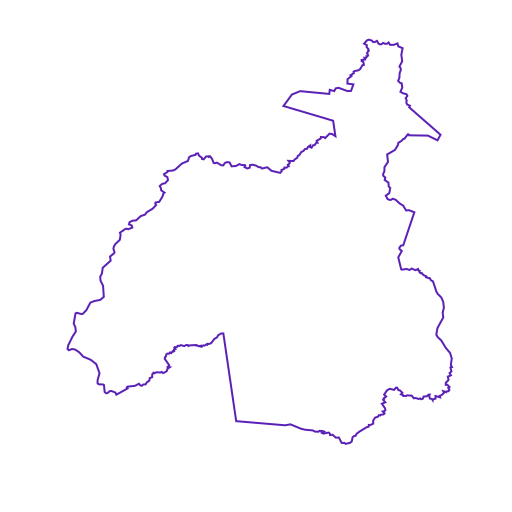 Zimba, Southern, Zambia, rotated 82°
{"feature_id": "96606910B98197380388075", "entity_name": "Zimba", "entity_type": "district", "adm_level": 2, "iso_a3": "ZMB", "parent_name": "Zambia", "parent_adm1": "Southern", "projection": "equal_earth", "projection_center": [26.486, -17.666], "detail": "fine", "context": "isolated", "style": "outline", "palette": "violet", "viewbox_px": 512, "rotation_deg": 82, "n_neighbors": 0, "source": "geoboundaries", "source_scale": "gbopen_adm2", "svg_char_len": 6013}
<svg xmlns="http://www.w3.org/2000/svg" viewBox="0 0 512 512"><g transform="rotate(82 256 256)"><path d="M421.6,93.4L420.1,93.6L419.6,91.6L417.7,88.9L415.9,89.4L417.3,86.6L416.6,86.1L416.7,84.2L415.5,83.1L413.4,84.0L412.7,82.6L410.1,84.5L410.0,86.0L407.9,85.7L405.6,82.6L402.1,82.8L401.3,79.6L398.9,80.6L397.5,78.5L393.6,79.0L392.9,78.5L393.1,77.5L390.8,78.2L384.8,76.4L379.0,77.3L373.5,80.8L365.4,84.3L361.5,87.4L359.1,88.4L352.7,86.4L342.9,79.1L337.9,79.0L333.3,77.1L327.2,77.0L322.8,78.3L318.9,81.3L316.4,82.3L305.7,84.3L304.4,86.1L302.0,87.1L302.1,87.9L300.6,90.6L299.8,90.2L298.2,92.8L295.8,94.3L296.1,95.1L295.5,95.8L294.3,96.5L293.4,96.0L292.5,97.5L291.5,97.4L292.2,100.1L290.1,103.6L291.2,105.9L289.8,108.8L289.8,113.6L289.3,114.1L277.1,115.3L271.3,110.9L269.2,112.9L267.8,112.9L265.9,111.0L265.9,108.7L234.7,93.1L231.9,98.2L231.8,101.0L226.5,103.3L224.2,106.2L219.7,109.9L218.3,112.8L219.1,114.1L219.1,115.7L217.9,117.8L214.3,119.1L212.4,115.3L207.3,113.6L205.6,114.9L201.8,114.6L198.6,118.0L196.3,117.0L194.6,118.6L192.9,118.9L190.0,117.1L185.9,116.4L181.2,112.2L173.7,112.0L170.3,103.6L165.7,99.9L163.8,99.4L162.1,95.6L160.6,94.0L160.5,92.6L156.6,88.7L156.9,87.8L157.8,87.6L160.7,69.0L166.7,60.2L161.6,56.4L130.1,83.6L128.6,82.6L127.1,85.2L125.0,85.8L122.9,85.1L120.6,85.8L118.5,83.8L116.7,84.5L115.4,87.7L113.5,90.1L109.5,87.7L105.3,87.7L104.7,89.1L102.4,90.9L99.5,89.2L94.9,88.3L91.9,86.7L90.2,86.6L88.4,87.6L83.4,84.1L77.0,84.1L70.6,81.9L68.2,85.9L65.2,86.3L66.1,90.3L65.6,93.8L63.0,95.0L64.0,96.5L63.9,98.5L62.7,100.4L63.7,102.2L63.7,103.7L62.7,105.2L59.8,106.2L60.7,108.7L60.5,110.1L58.8,111.3L57.5,114.0L57.9,116.1L60.7,119.4L62.7,116.9L64.5,117.4L66.9,115.8L67.7,116.3L68.5,115.8L70.5,117.9L72.7,117.0L73.5,117.6L73.6,118.9L74.3,118.7L75.5,120.0L75.0,121.0L76.6,120.7L76.6,124.1L77.8,124.2L78.3,123.0L79.5,122.6L81.9,122.7L81.8,124.0L85.5,126.9L86.4,129.0L86.6,132.7L87.2,133.8L88.6,133.7L90.1,137.2L91.1,136.4L93.6,140.7L98.0,141.5L99.6,135.7L105.7,138.9L105.5,142.3L100.9,150.9L101.1,153.7L103.6,155.6L101.7,159.8L105.7,160.9L98.9,189.3L101.1,198.0L111.3,207.9L132.8,160.8L148.4,160.7L145.7,163.8L145.1,166.2L148.9,171.1L147.8,172.1L147.2,175.2L148.7,175.6L150.3,179.9L152.3,179.4L152.0,180.3L154.3,182.5L154.3,184.0L156.5,185.9L155.8,187.2L154.0,186.9L155.3,189.5L156.9,190.5L157.0,192.8L158.6,194.4L159.3,196.7L162.0,198.9L162.7,200.7L164.5,201.5L165.9,204.4L167.2,205.6L166.3,210.6L168.1,209.5L169.6,210.5L170.0,211.7L171.7,211.1L171.7,212.1L172.8,213.5L172.4,215.6L173.7,216.0L174.4,218.9L175.9,218.9L177.0,220.5L173.8,228.8L169.7,232.5L170.2,238.0L168.8,239.0L168.4,241.0L166.5,243.4L165.2,246.4L165.1,249.2L167.7,250.0L168.1,252.5L166.3,255.0L165.0,254.0L164.5,254.3L163.9,257.5L162.7,259.7L164.1,263.3L163.8,267.7L159.7,269.1L159.0,271.6L159.6,274.0L161.7,275.8L161.3,277.8L158.1,281.7L158.4,283.9L158.0,285.0L153.7,286.0L150.9,287.6L151.3,288.9L150.7,289.0L150.5,291.6L153.0,294.3L152.4,296.0L151.0,296.0L148.8,298.4L146.3,299.1L146.4,301.3L147.4,301.7L147.9,306.4L148.9,308.5L152.4,310.2L154.1,316.4L159.1,323.9L159.8,326.3L159.5,331.8L160.4,331.9L162.2,335.8L163.7,335.3L165.5,332.8L168.6,332.6L171.3,335.9L171.5,338.8L173.3,341.6L176.0,340.6L177.7,340.8L180.5,337.8L181.0,338.8L184.2,340.4L188.9,344.3L189.0,348.0L190.0,348.5L191.6,347.8L194.8,351.8L197.4,358.0L199.6,360.2L200.4,364.5L204.1,369.9L203.8,373.1L204.9,376.5L207.0,377.4L208.5,374.8L210.6,374.5L211.7,378.8L210.9,380.6L211.1,381.8L214.0,387.5L216.1,387.1L221.0,388.6L224.6,393.6L226.7,395.3L228.9,396.2L232.6,395.6L233.5,396.1L236.2,400.6L240.4,400.6L246.3,409.4L251.9,411.0L254.9,413.2L258.7,413.4L264.2,411.6L275.3,412.4L277.8,416.4L278.1,422.3L279.1,426.5L286.0,431.5L289.0,435.4L289.3,436.7L287.3,441.4L287.7,442.7L297.5,445.9L301.4,444.8L305.7,444.9L310.1,448.8L318.2,454.3L321.8,455.6L323.3,454.4L322.5,451.2L323.4,448.2L326.8,444.4L331.6,441.1L335.8,434.1L340.9,429.2L350.3,427.3L357.1,430.2L360.2,430.6L361.3,429.2L361.8,425.6L362.6,424.5L369.5,424.8L370.9,423.7L371.2,422.5L369.5,419.6L369.5,418.0L371.7,414.2L373.9,413.6L369.3,401.6L368.1,402.2L367.5,401.3L367.7,393.9L366.2,389.7L368.2,388.4L368.6,387.1L367.6,385.7L367.7,383.1L366.0,381.8L364.6,379.0L362.1,378.2L361.6,375.7L358.7,375.2L357.3,373.7L358.0,373.1L357.3,370.9L358.1,366.6L357.6,365.6L359.0,364.3L358.3,361.9L357.3,360.2L355.4,359.4L354.5,357.6L354.4,358.7L353.6,359.1L353.1,358.2L353.4,357.1L351.8,357.3L345.1,360.7L343.5,360.2L343.1,359.3L340.9,358.5L340.3,357.1L340.6,355.6L339.5,354.5L340.4,353.5L338.7,351.7L339.2,351.3L338.9,350.6L338.1,351.5L338.3,350.7L337.5,350.4L337.0,348.8L335.5,349.7L334.9,349.2L335.3,347.2L334.0,346.0L334.4,344.5L333.8,342.9L335.2,339.6L334.4,337.3L334.8,335.8L335.7,335.5L335.3,333.8L335.8,327.9L336.3,327.8L336.2,326.8L337.3,325.5L337.2,323.1L338.0,323.4L338.3,322.5L337.2,320.6L337.5,319.1L336.5,317.1L337.0,316.7L336.2,316.1L336.6,315.0L336.1,312.6L332.3,308.7L331.1,305.9L329.2,304.5L327.9,301.3L328.1,299.1L416.8,298.6L427.7,250.7L427.5,245.3L433.3,235.5L435.0,231.1L436.6,224.1L438.1,222.1L438.7,218.5L438.0,217.7L438.4,215.0L439.3,213.2L440.3,215.4L441.2,214.2L441.0,208.5L442.1,207.6L443.6,207.6L443.7,205.1L447.0,202.2L447.3,199.2L453.0,197.2L453.4,194.4L454.5,193.3L454.1,188.9L453.0,187.0L449.0,185.6L448.0,184.1L447.9,182.4L446.1,181.2L444.4,178.2L441.1,170.7L440.6,168.1L439.0,167.8L439.2,165.9L438.3,163.2L435.3,162.9L432.6,160.5L432.1,157.6L430.7,156.4L431.2,155.3L430.6,154.6L430.6,152.1L430.1,150.9L429.7,150.6L427.6,152.1L427.4,150.2L426.6,149.3L424.8,149.4L419.8,151.9L418.9,148.3L416.1,150.1L415.4,149.0L414.7,149.3L413.3,146.7L411.1,148.4L407.4,145.1L406.5,143.2L406.2,141.8L407.8,137.8L405.8,135.6L406.1,134.5L408.7,133.6L409.0,132.3L411.8,130.1L413.2,131.7L414.1,129.8L415.0,129.8L415.5,126.9L415.0,125.7L416.0,121.2L418.9,119.5L418.8,117.7L420.2,114.9L419.9,113.2L420.8,112.5L420.5,110.6L418.5,109.6L418.7,106.4L417.3,104.4L417.4,103.3L418.6,104.0L421.3,103.7L422.1,101.7L423.4,101.1L422.7,100.9L422.2,98.1L419.6,97.7L421.6,93.4Z" fill="none" stroke="#5b21b6" stroke-width="2"/></g></svg>